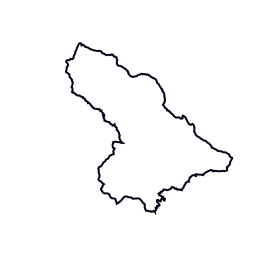 Mera, Vrancea, Romania, rotated 320°
{"feature_id": "2599482B23865808249816", "entity_name": "Mera", "entity_type": "district", "adm_level": 2, "iso_a3": "ROU", "parent_name": "Romania", "parent_adm1": "Vrancea", "projection": "orthographic", "projection_center": [26.934, 45.784], "detail": "fine", "context": "isolated", "style": "outline", "palette": "ink", "viewbox_px": 256, "rotation_deg": 320, "n_neighbors": 0, "source": "geoboundaries", "source_scale": "gbopen_adm2", "svg_char_len": 5919}
<svg xmlns="http://www.w3.org/2000/svg" viewBox="0 0 256 256"><g transform="rotate(320 128 128)"><path d="M187.9,214.6L188.3,213.9L188.4,212.8L187.5,210.7L187.2,209.6L186.9,209.1L185.5,208.1L184.9,206.5L181.9,203.0L181.9,201.7L179.6,196.8L180.1,196.0L180.2,193.1L180.0,191.7L179.4,189.9L179.2,187.6L178.3,186.7L177.0,183.0L176.6,180.9L175.6,178.7L175.5,176.9L176.3,174.3L176.3,173.3L177.1,172.9L177.5,172.1L179.0,170.6L180.1,168.3L180.3,167.6L179.8,166.2L178.2,166.0L177.6,165.0L177.6,164.5L177.2,164.1L177.6,161.7L178.9,156.6L178.5,155.1L177.9,153.8L176.6,154.7L175.9,155.7L175.4,155.6L174.3,154.5L174.0,152.8L171.4,150.8L170.8,148.5L171.0,145.9L170.3,144.0L170.6,143.3L170.2,142.3L170.5,141.4L170.1,140.9L169.8,140.1L169.4,139.9L169.2,139.5L169.7,139.1L169.9,138.5L169.8,137.5L169.2,136.8L169.6,135.5L169.7,132.7L171.3,132.2L172.4,131.8L172.6,131.4L173.3,131.4L173.9,130.9L174.2,130.2L174.7,129.9L174.9,129.2L175.3,129.0L175.5,128.3L176.3,127.3L176.3,126.8L177.5,125.7L177.9,124.7L178.2,122.4L178.5,122.0L178.2,121.6L178.6,121.1L178.6,120.6L179.1,120.2L178.8,118.8L179.1,118.2L179.1,116.9L179.7,114.0L179.6,113.0L179.3,112.4L179.4,111.8L180.1,111.0L180.2,109.8L180.6,108.4L180.4,107.9L179.9,107.2L179.8,106.5L179.3,106.0L179.3,105.4L179.0,105.1L178.9,104.4L178.4,103.8L178.4,102.4L177.9,101.3L177.9,100.2L177.1,99.4L176.4,99.2L176.2,98.2L175.4,97.7L174.6,96.6L173.6,96.2L173.6,95.6L173.1,95.0L171.4,94.7L169.5,93.8L168.5,94.0L167.8,93.6L166.9,93.4L165.5,92.3L164.6,92.1L163.5,90.5L163.2,88.5L163.4,87.4L163.3,86.5L163.5,85.8L164.0,85.7L164.4,84.4L164.1,84.0L164.3,82.9L163.9,81.4L164.1,80.9L163.3,79.8L163.5,79.0L162.8,77.8L162.6,76.6L162.1,75.7L160.6,73.8L160.4,73.1L160.7,71.9L161.8,70.1L163.2,69.4L163.8,67.8L164.7,66.7L164.2,65.9L164.1,65.1L163.3,64.7L163.2,63.5L163.6,62.6L162.8,61.1L161.2,60.8L160.5,59.7L158.2,58.3L157.5,55.9L156.3,54.1L156.6,53.1L156.6,51.7L155.6,50.4L154.9,50.2L154.6,49.6L153.8,49.1L151.7,46.5L149.7,43.0L149.2,41.2L148.6,39.9L147.5,38.5L147.3,37.6L147.4,36.8L147.1,35.4L146.7,35.0L145.5,34.8L146.3,33.4L146.3,32.6L144.9,31.8L139.6,34.2L138.6,35.1L136.6,35.7L135.9,36.7L132.9,37.8L132.2,38.3L131.8,39.0L130.9,39.5L129.6,39.5L128.5,38.1L126.8,38.4L124.9,36.9L123.6,37.1L123.2,37.6L123.1,40.1L122.2,41.8L121.2,41.7L119.8,42.3L119.6,42.8L117.5,44.5L116.8,44.8L116.5,45.5L117.5,48.7L117.2,49.9L116.2,50.9L116.1,51.9L116.3,52.3L116.1,53.0L116.1,55.0L115.1,56.3L115.3,57.0L114.4,58.2L112.6,59.5L110.9,60.5L111.1,61.4L110.2,63.0L109.7,63.3L109.4,63.9L108.7,64.1L108.9,64.7L108.3,64.9L108.2,65.2L109.0,66.1L109.8,68.5L109.7,69.4L110.1,69.8L110.2,70.4L110.7,71.2L111.5,71.7L112.0,72.7L111.9,73.0L112.0,73.5L113.4,75.2L112.8,76.0L113.4,76.6L113.4,77.4L113.7,78.1L112.9,79.9L113.6,80.5L113.7,82.1L113.4,83.1L114.2,83.2L114.4,86.0L114.2,86.6L114.4,87.7L114.1,87.8L114.1,89.7L114.9,90.6L114.4,91.2L114.7,91.8L116.2,93.0L117.0,94.2L117.1,94.8L118.3,95.1L118.1,95.8L118.1,96.5L117.8,97.2L118.7,97.6L118.4,97.8L118.2,99.3L118.4,101.2L118.2,102.4L117.1,101.9L116.8,102.2L116.7,102.4L117.2,103.1L117.1,103.9L115.7,104.5L115.6,106.0L114.7,107.4L115.3,107.8L115.4,108.9L116.0,109.3L116.8,111.0L117.6,111.5L117.2,113.4L117.3,113.9L117.8,114.5L117.9,115.6L117.7,116.2L118.6,116.6L120.1,116.6L119.2,118.3L119.4,118.7L119.2,119.1L119.5,119.8L119.5,120.6L119.1,121.3L118.4,121.6L118.2,122.0L118.1,122.6L118.5,123.7L118.1,124.6L118.1,125.6L117.3,126.9L117.0,128.3L115.9,128.8L115.9,129.3L115.5,129.5L114.5,130.9L114.5,131.5L113.8,133.9L114.1,134.3L114.0,134.7L114.3,135.9L113.1,134.9L113.0,134.3L112.7,133.7L111.3,132.5L110.1,130.9L108.8,129.9L107.5,129.3L107.0,130.1L106.0,130.4L105.2,131.2L103.8,133.3L104.2,133.8L104.6,135.2L102.4,135.9L101.5,136.8L100.4,138.8L96.7,137.6L95.7,137.6L93.2,138.6L90.8,138.1L88.7,138.9L87.4,138.5L84.1,139.7L82.0,139.8L80.9,139.3L79.2,139.9L79.0,140.9L78.7,141.3L77.0,143.1L76.1,145.1L76.0,145.9L75.6,146.5L72.6,148.1L72.2,148.6L72.1,149.5L72.4,150.5L73.0,151.8L72.9,153.2L73.5,155.6L71.4,155.8L70.5,156.8L68.2,157.2L67.7,157.7L67.4,160.7L67.5,162.1L68.0,163.0L70.3,165.0L71.0,166.3L71.1,166.7L70.4,168.2L70.2,169.7L70.3,171.1L70.7,171.7L72.3,173.3L72.7,174.3L72.1,175.3L71.7,176.8L70.7,178.8L72.8,179.2L74.5,179.0L75.1,179.3L80.9,178.3L81.6,178.5L82.8,179.4L84.3,181.8L86.0,183.6L86.2,184.1L86.2,185.2L90.1,188.1L91.0,189.1L91.3,189.7L91.6,192.0L91.6,193.2L91.3,194.5L91.8,196.3L91.5,196.8L91.6,197.7L91.2,197.9L89.6,199.8L89.1,201.3L88.9,201.9L89.1,202.3L88.7,203.0L88.9,203.5L89.7,203.9L90.8,205.5L91.9,206.2L91.8,207.0L92.6,207.6L94.4,208.1L94.3,208.6L94.6,208.8L94.6,209.7L95.2,208.8L96.0,209.0L97.0,208.6L97.6,207.1L97.9,206.7L98.5,207.1L98.6,207.8L98.9,208.0L99.3,208.0L99.9,206.7L100.3,206.4L101.5,207.5L102.3,207.6L103.0,206.3L102.7,205.5L103.0,204.1L102.9,203.0L103.5,202.1L104.0,201.9L104.9,202.5L105.2,203.9L105.7,205.1L106.0,205.1L107.6,203.9L108.1,203.9L108.6,204.2L108.9,204.7L109.1,206.9L109.4,207.1L110.8,205.9L110.0,204.2L110.6,203.2L109.8,202.6L109.7,202.0L109.5,201.5L109.6,200.8L108.7,199.6L109.2,197.9L110.6,198.1L111.0,198.6L111.9,198.0L112.4,198.8L113.5,198.3L114.5,198.7L115.7,198.0L117.1,199.2L117.4,200.2L118.3,201.0L121.5,202.1L122.7,201.9L123.1,201.5L124.1,201.5L125.0,203.6L124.8,204.5L125.1,204.6L125.4,205.1L125.6,204.8L125.9,204.9L125.9,205.5L126.3,205.9L126.1,206.6L126.4,207.2L128.2,208.3L128.4,208.7L128.3,209.1L129.3,210.3L130.0,209.6L130.8,209.4L131.7,209.6L133.5,208.5L135.3,208.1L136.9,207.1L138.0,207.4L139.0,207.2L140.3,208.3L140.7,207.4L142.7,206.3L143.6,205.6L144.7,205.9L147.0,205.6L148.6,206.7L148.7,207.7L149.2,208.6L149.3,208.6L149.4,208.1L149.8,207.2L150.5,207.2L151.1,207.7L151.7,208.7L154.2,210.9L155.3,212.5L156.7,211.8L157.5,212.0L159.3,212.0L164.3,213.3L165.0,214.2L165.2,215.4L165.8,215.4L166.2,216.5L166.8,216.5L170.5,220.2L172.9,221.6L174.0,223.0L176.7,224.2L178.6,221.5L180.0,221.9L181.3,221.4L182.4,221.5L184.5,219.7L188.3,218.2L188.6,217.7L187.9,216.5L187.9,214.6Z" fill="none" stroke="#020617" stroke-width="2"/></g></svg>